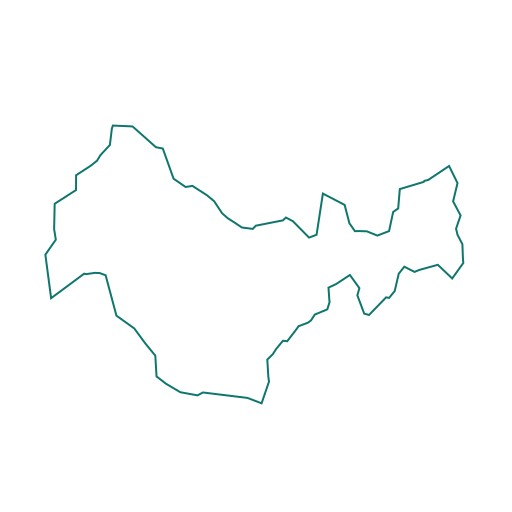 Uyo, Akwa Ibom, Nigeria (Natural Earth projection), rotated 173°
{"feature_id": "59680162B78634023582239", "entity_name": "Uyo", "entity_type": "district", "adm_level": 2, "iso_a3": "NGA", "parent_name": "Nigeria", "parent_adm1": "Akwa Ibom", "projection": "natural_earth1", "projection_center": [7.919, 5.014], "detail": "fine", "context": "isolated", "style": "outline", "palette": "teal", "viewbox_px": 512, "rotation_deg": 173, "n_neighbors": 0, "source": "geoboundaries", "source_scale": "gbopen_adm2", "svg_char_len": 1480}
<svg xmlns="http://www.w3.org/2000/svg" viewBox="0 0 512 512"><g transform="rotate(173 256 256)"><path d="M53.4,321.8L75.8,310.5L77.3,310.3L79.6,310.1L80.1,309.6L80.5,309.1L105.1,304.9L109.1,285.8L114.4,283.1L114.5,283.0L120.9,264.5L133.1,261.5L143.0,267.0L150.8,268.2L154.8,268.6L159.3,277.1L161.8,295.9L182.0,309.8L193.3,269.7L201.1,267.8L215.2,286.1L221.6,290.5L224.9,288.1L252.5,286.1L255.9,283.3L266.5,286.0L273.7,292.2L279.4,296.9L284.4,302.5L290.9,315.5L297.2,322.2L310.5,333.3L317.5,333.1L328.4,342.8L335.4,374.0L342.1,376.2L362.7,399.6L366.5,400.3L382.2,402.9L383.6,399.8L387.5,384.0L398.2,375.0L402.1,370.0L409.3,365.6L424.7,358.1L426.6,343.4L449.4,332.4L449.6,331.4L453.1,307.2L452.7,296.6L464.9,283.0L464.5,239.1L428.7,259.4L427.1,258.7L417.9,258.9L413.2,258.1L407.6,255.2L401.8,213.8L385.7,199.0L376.4,182.5L368.1,169.4L369.4,148.6L360.8,140.1L347.7,130.0L331.0,124.8L325.3,127.0L281.8,116.2L268.4,109.1L258.4,129.8L258.5,134.4L257.4,151.8L251.2,156.6L247.3,161.3L239.6,168.6L235.4,167.6L234.8,168.2L224.0,179.2L222.4,181.1L212.6,183.5L209.3,185.3L204.8,190.7L193.3,193.9L191.7,194.4L188.5,201.5L188.6,201.8L188.6,203.2L187.9,215.8L180.1,218.3L165.1,225.7L157.3,211.5L160.2,204.6L155.6,185.6L151.0,183.7L131.9,199.1L129.0,198.2L122.6,204.3L116.5,221.0L110.1,227.3L100.6,220.9L95.5,222.3L76.6,225.1L64.0,209.8L51.1,223.8L50.9,228.5L49.7,242.5L53.4,252.5L54.1,258.7L48.0,271.3L53.7,286.2L47.1,303.8L53.4,321.8Z" fill="none" stroke="#0f766e" stroke-width="2"/></g></svg>